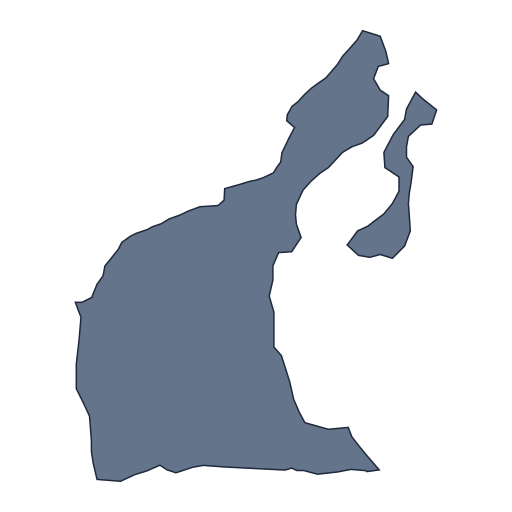 Lysi, Cyprus
{"feature_id": "46923920B59905101389216", "entity_name": "Lysi", "entity_type": "district", "adm_level": 2, "iso_a3": "CYP", "parent_name": "Cyprus", "parent_adm1": "", "projection": "mercator", "projection_center": [33.705, 35.109], "detail": "fine", "context": "isolated", "style": "filled", "palette": "slate", "viewbox_px": 512, "rotation_deg": 0, "n_neighbors": 0, "source": "geoboundaries", "source_scale": "gbopen_adm2", "svg_char_len": 2117}
<svg xmlns="http://www.w3.org/2000/svg" viewBox="0 0 512 512"><path d="M77.3,307.8L81.0,317.2L79.1,339.5L78.2,347.9L77.6,352.5L76.3,364.1L76.3,370.0L76.3,388.7L83.8,403.8L89.5,416.1L91.3,439.4L91.4,440.1L91.4,451.0L92.4,457.9L93.2,463.3L94.3,467.7L95.6,473.3L97.0,479.4L100.3,479.7L108.3,480.3L120.5,481.3L134.6,474.7L146.9,470.9L152.1,468.6L160.0,465.2L166.9,469.8L170.6,471.0L175.9,472.8L185.0,469.8L192.2,467.4L192.8,467.2L203.3,465.4L223.6,466.9L233.0,467.4L283.8,470.0L285.3,470.0L291.7,468.1L296.9,470.5L303.7,470.5L315.6,473.7L317.5,474.2L322.0,473.7L337.4,472.0L344.1,470.7L351.0,469.4L366.0,470.7L366.8,471.6L379.2,469.9L369.3,458.4L367.0,455.8L358.5,445.4L351.9,436.9L348.2,427.4L328.4,429.3L304.9,422.7L299.3,412.3L293.6,399.1L289.8,382.1L281.4,355.6L273.9,347.1L273.9,332.9L273.9,312.1L269.2,296.1L272.9,280.0L272.9,265.8L278.6,252.6L291.7,251.7L301.1,237.5L296.4,224.2L295.5,214.8L296.4,204.4L303.0,190.2L310.5,181.7L320.0,173.2L328.4,167.6L342.5,152.4L351.9,146.8L362.3,143.0L373.6,135.4L382.0,124.1L387.7,116.5L388.6,95.7L380.2,90.1L373.6,78.7L378.3,66.4L388.6,63.6L385.8,51.3L380.2,36.2L362.6,30.7L357.2,39.8L349.3,48.9L342.7,56.1L337.3,64.6L325.9,77.9L318.0,83.3L311.4,88.2L304.8,94.2L298.2,101.5L292.1,106.3L287.3,114.8L286.7,120.8L294.6,127.5L289.1,137.8L281.9,152.9L280.7,162.0L277.1,166.8L273.5,172.8L263.2,177.7L256.0,180.1L250.0,181.3L238.0,184.9L224.7,188.6L224.1,200.1L218.1,205.5L210.3,206.1L200.0,206.7L188.6,210.9L179.6,215.2L169.3,218.8L161.5,223.6L152.5,226.7L147.0,229.7L136.2,233.3L130.2,236.3L121.8,242.4L118.1,249.6L110.3,259.3L104.9,266.0L103.1,275.7L97.1,284.1L91.7,297.4L82.0,302.3L75.4,302.3L77.5,308.0L77.4,308.0L77.3,307.8ZM415.6,92.1L406.5,109.0L404.6,119.4L393.3,134.5L383.9,152.4L384.9,167.6L399.0,177.0L399.0,191.2L392.4,203.5L383.9,213.9L376.4,219.5L367.9,226.1L357.6,230.9L347.2,245.0L358.5,255.4L369.8,257.3L380.2,254.5L392.4,258.3L404.6,246.0L410.3,230.9L409.3,215.7L408.4,203.5L409.3,193.1L411.2,181.7L413.1,166.6L406.5,157.2L406.5,146.8L408.4,136.4L420.6,125.0L431.9,124.1L436.6,109.9L422.5,98.6L415.6,92.1Z" fill="#64748b" stroke="#1e293b" stroke-width="1.5"/></svg>